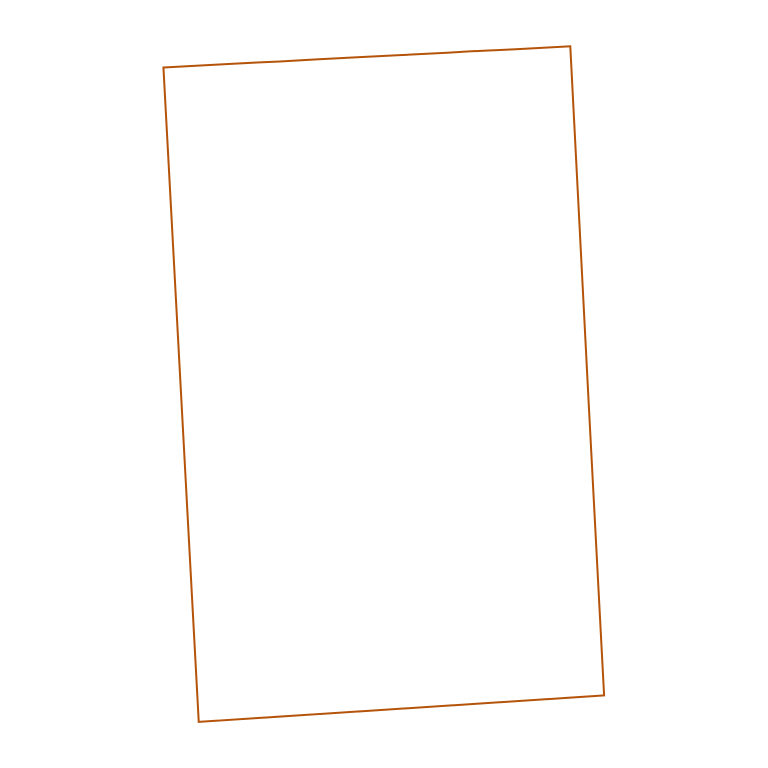 Gaines, Texas, United States of America, rotated 87°
{"feature_id": "52423323B42726904643682", "entity_name": "Gaines", "entity_type": "district", "adm_level": 2, "iso_a3": "USA", "parent_name": "United States of America", "parent_adm1": "Texas", "projection": "natural_earth1", "projection_center": [-102.926, 32.741], "detail": "fine", "context": "isolated", "style": "outline", "palette": "amber", "viewbox_px": 768, "rotation_deg": 87, "n_neighbors": 0, "source": "geoboundaries", "source_scale": "gbopen_adm2", "svg_char_len": 467}
<svg xmlns="http://www.w3.org/2000/svg" viewBox="0 0 768 768"><g transform="rotate(87 384 384)"><path d="M705.4,586.7L711.7,586.7L706.5,180.5L413.1,180.6L56.5,180.3L56.6,235.4L56.5,254.7L56.4,264.9L56.4,274.9L56.3,275.3L56.3,282.6L56.5,302.1L56.5,303.0L56.4,343.0L56.5,343.9L56.4,349.8L56.3,397.1L56.3,413.8L56.3,430.5L56.3,438.1L56.5,471.8L56.3,492.2L56.3,513.4L56.3,514.8L56.3,526.3L56.4,587.7L705.4,586.7Z" fill="none" stroke="#b45309" stroke-width="2"/></g></svg>